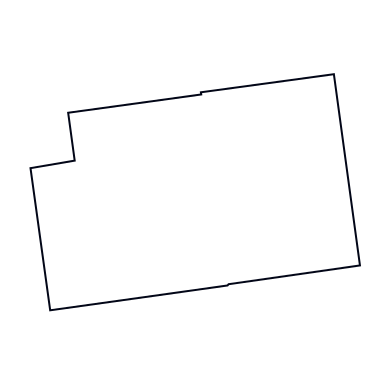 the district of Clark, South Dakota, United States of America, rotated 82°
{"feature_id": "52423323B45667885059065", "entity_name": "Clark", "entity_type": "district", "adm_level": 2, "iso_a3": "USA", "parent_name": "United States of America", "parent_adm1": "South Dakota", "projection": "equal_earth", "projection_center": [-97.745, 44.849], "detail": "fine", "context": "isolated", "style": "outline", "palette": "ink", "viewbox_px": 384, "rotation_deg": 82, "n_neighbors": 0, "source": "geoboundaries", "source_scale": "gbopen_adm2", "svg_char_len": 303}
<svg xmlns="http://www.w3.org/2000/svg" viewBox="0 0 384 384"><g transform="rotate(82 192 192)"><path d="M145.9,348.6L289.4,348.9L289.5,214.7L289.5,169.8L288.4,168.6L288.1,35.9L95.1,35.1L94.5,169.3L96.7,169.3L96.3,303.6L144.6,303.8L145.9,348.6Z" fill="none" stroke="#020617" stroke-width="2"/></g></svg>